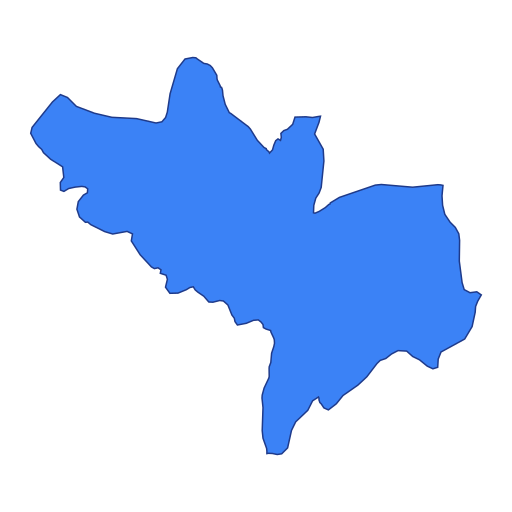 map outline of Kogi (orthographic projection)
{"feature_id": "NGA-2865", "entity_name": "Kogi", "entity_type": "State", "adm_level": 1, "iso_a3": "NGA", "parent_name": "Nigeria", "parent_adm1": "", "projection": "orthographic", "projection_center": [6.621, 7.634], "detail": "fine", "context": "isolated", "style": "filled", "palette": "blue", "viewbox_px": 512, "rotation_deg": 0, "n_neighbors": 0, "source": "natural_earth", "source_scale": "10m", "svg_char_len": 2649}
<svg xmlns="http://www.w3.org/2000/svg" viewBox="0 0 512 512"><path d="M443.0,185.4L442.0,195.8L442.6,205.3L444.8,214.3L450.1,222.2L455.3,227.4L458.8,233.8L459.6,240.3L459.3,261.1L462.1,282.6L464.2,289.6L470.0,292.7L476.8,291.8L481.3,294.9L477.7,301.2L475.6,306.5L475.2,312.2L472.1,326.6L464.7,339.0L441.0,352.0L438.2,359.1L437.7,367.3L432.9,368.8L427.2,366.1L419.5,359.8L412.7,356.5L406.7,351.1L398.0,350.6L391.5,354.0L385.8,358.5L380.2,360.4L377.0,363.5L366.8,376.8L357.9,385.1L343.0,395.5L336.3,403.8L328.4,409.9L323.9,407.9L321.1,403.7L319.9,402.6L319.0,400.0L319.0,398.4L318.5,397.0L312.6,400.8L307.8,410.3L295.7,421.8L291.5,430.4L287.6,447.9L281.7,453.8L277.2,454.5L272.5,453.5L268.5,453.3L266.9,453.6L266.9,451.1L266.6,448.4L263.0,438.2L262.2,430.6L263.0,407.6L262.0,398.1L262.2,395.1L264.1,388.1L268.8,378.1L269.2,376.5L269.1,368.6L269.2,366.8L270.8,362.5L271.6,353.2L273.8,346.6L274.5,343.3L274.3,339.8L273.8,338.2L270.9,332.0L270.6,330.5L265.9,329.0L263.4,327.6L263.0,324.5L261.0,322.0L258.3,319.9L253.5,320.3L246.3,323.3L237.4,325.0L235.0,321.6L234.3,318.2L231.9,315.0L227.9,305.0L223.4,301.0L219.7,300.5L212.9,302.2L208.8,302.0L203.8,296.2L197.8,292.1L195.2,289.9L193.3,286.8L189.9,287.5L186.3,289.7L178.0,293.1L169.9,293.3L165.5,287.2L167.4,279.3L166.1,275.2L160.3,273.3L161.0,269.8L158.0,267.8L154.4,268.6L151.4,266.9L140.2,254.8L131.3,240.9L132.5,233.9L127.1,231.4L112.7,234.0L104.7,231.6L90.7,224.6L87.8,222.1L85.4,222.3L79.5,217.0L76.9,209.2L78.3,201.6L83.4,195.1L87.4,192.8L87.7,188.8L85.1,186.9L81.8,186.4L75.2,187.1L68.7,188.5L63.9,191.4L60.5,190.1L60.3,182.5L63.8,177.5L62.6,166.8L50.7,159.3L43.5,152.7L41.7,149.4L38.6,146.6L36.0,143.5L30.7,133.3L32.1,127.4L52.5,101.9L60.4,94.6L67.5,97.5L76.4,106.4L94.3,113.2L111.8,117.3L136.5,118.6L156.0,123.0L161.9,121.8L165.6,117.5L167.3,112.2L170.1,93.7L177.4,68.7L185.0,59.0L192.8,57.5L195.9,57.8L197.2,58.9L203.8,63.4L207.3,64.0L210.2,65.5L212.4,67.8L216.8,75.3L217.0,78.6L217.3,80.0L220.1,85.6L220.5,87.1L221.5,87.3L222.1,88.8L222.5,90.4L223.0,95.7L225.2,104.3L229.3,112.7L230.7,113.4L248.3,126.7L250.4,129.1L257.3,140.3L264.0,147.5L266.2,148.6L266.4,149.6L269.0,151.9L269.5,153.1L272.5,149.9L273.8,145.2L275.7,140.7L278.0,138.9L280.5,140.4L281.3,137.4L280.9,133.4L283.8,130.6L287.4,129.3L292.7,124.3L295.0,117.1L305.9,116.8L312.5,117.5L318.9,116.4L320.5,116.2L319.0,122.3L314.6,134.0L323.2,149.2L323.9,161.0L321.2,187.4L319.1,193.0L315.8,198.1L313.8,205.3L313.5,212.8L315.0,213.2L319.2,211.4L325.3,207.6L328.8,204.5L330.1,203.9L330.3,202.9L339.4,197.4L375.3,185.1L381.3,184.5L412.6,187.2L437.8,184.7L440.7,184.9L443.0,185.4Z" fill="#3b82f6" stroke="#1e3a8a" stroke-width="1.5"/></svg>